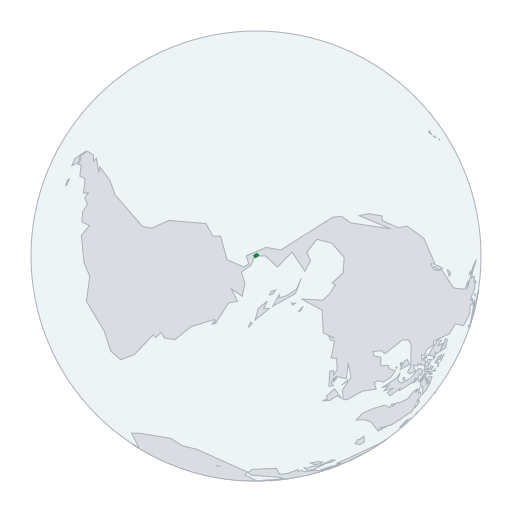 the Earth from above Bocas del Toro, rotated 127°
{"feature_id": "PAN-1958", "entity_name": "Bocas del Toro", "entity_type": "Province", "adm_level": 1, "iso_a3": "PAN", "parent_name": "Panama", "parent_adm1": "", "projection": "orthographic", "projection_center": [-82.341, 9.206], "detail": "fine", "context": "on_globe", "style": "filled", "palette": "green", "viewbox_px": 512, "rotation_deg": 127, "n_neighbors": 0, "source": "natural_earth", "source_scale": "10m", "svg_char_len": 8921}
<svg xmlns="http://www.w3.org/2000/svg" viewBox="0 0 512 512"><g transform="rotate(127 256 256)"><circle cx="256" cy="256" r="225" fill="#eef3f6" stroke="#a8b0b8"/><path d="M272.2,259.4L266.8,257.0L261.7,263.8L243.1,253.1L236.3,239.8L178.8,218.1L172.7,211.3L172.5,200.3L153.3,164.7L161.7,197.9L154.2,191.3L148.2,179.4L151.7,176.6L147.8,159.5L141.1,153.0L140.9,132.5L154.8,108.0L156.9,111.8L160.0,106.1L157.6,101.3L155.2,99.7L162.6,78.9L156.8,69.2L147.9,71.6L155.4,67.4L133.7,76.5L126.0,77.9L139.1,73.2L143.8,70.5L140.8,69.4L145.0,66.5L145.9,64.6L151.2,61.5L158.4,59.7L162.0,57.9L159.6,57.4L163.4,54.5L166.4,55.4L173.3,50.6L186.7,48.4L190.2,56.1L202.0,54.8L217.3,63.1L220.3,60.7L227.9,63.3L234.2,61.7L235.3,64.4L239.4,60.9L237.3,58.8L238.4,56.8L241.9,55.8L243.8,58.8L242.3,59.7L244.7,60.2L244.2,62.2L246.5,60.7L248.4,64.9L251.7,59.6L257.6,62.0L257.5,65.1L250.6,66.3L233.4,78.8L231.2,83.6L234.8,88.6L256.2,94.1L256.5,99.3L262.0,105.2L264.9,101.3L261.7,95.4L268.6,90.3L263.8,84.4L265.9,81.7L263.7,75.8L271.4,75.3L280.1,78.4L282.2,83.6L286.1,85.3L290.0,79.8L299.8,89.6L316.3,97.0L318.0,100.2L310.7,106.4L295.6,107.2L286.0,118.0L299.7,110.0L303.8,119.1L307.6,120.5L311.7,119.8L313.1,116.2L316.1,119.4L303.7,127.8L300.8,124.9L304.8,122.1L297.7,122.9L289.3,129.9L292.1,134.6L276.6,142.2L278.4,145.9L276.0,150.0L274.2,143.4L277.1,155.8L259.4,170.7L263.0,193.9L251.3,176.2L242.2,174.5L231.4,175.2L231.8,178.9L217.0,176.4L204.1,184.6L200.2,203.2L206.0,217.4L222.4,217.7L227.0,209.6L238.8,207.8L231.1,229.6L251.9,232.2L250.3,248.5L256.5,256.8L266.7,254.4L277.4,258.1L284.6,248.3L296.4,242.7L297.1,255.9L303.3,243.6L310.1,249.6L333.4,247.8L331.7,251.0L351.4,265.3L371.8,270.5L376.5,279.7L374.2,285.8L381.1,286.9L381.2,290.8L407.6,293.7L420.3,301.6L419.3,315.0L407.5,331.6L394.2,364.2L372.3,376.5L365.0,389.1L344.8,407.8L331.8,407.4L333.7,415.5L325.0,421.0L316.0,421.8L313.0,427.6L306.3,428.0L309.7,431.5L297.0,439.1L298.3,444.7L288.6,450.4L289.7,453.4L286.7,453.4L283.1,454.7L282.1,456.4L273.7,453.7L273.4,446.6L278.0,442.8L274.0,442.3L283.8,432.1L278.9,434.3L283.3,418.7L292.0,405.1L300.7,364.3L296.6,356.1L280.0,346.9L260.3,315.6L266.1,302.3L261.5,296.1L276.4,276.9L272.2,259.4ZM51.8,193.7L53.3,188.6L53.5,192.0L51.8,193.7ZM53.6,185.4L53.2,187.1L53.4,185.6L53.6,185.4ZM53.2,184.3L53.5,185.1L53.0,184.7L53.2,184.3ZM52.6,183.4L53.0,183.7L52.9,183.8L52.6,183.4ZM262.2,201.9L286.0,212.4L272.9,214.3L275.3,212.1L269.2,207.6L258.0,203.7L246.4,206.5L262.2,201.9ZM52.2,180.6L52.2,179.7L52.8,179.4L52.2,180.6ZM271.9,188.6L267.8,187.9L271.7,187.7L271.9,188.6ZM153.5,99.6L157.1,101.6L157.8,107.4L154.3,105.9L153.5,99.6ZM152.9,89.8L155.7,89.6L152.0,94.9L151.5,93.4L152.9,89.8ZM140.5,74.4L142.7,74.9L139.2,75.5L140.5,74.4ZM145.1,64.9L143.2,65.8L144.5,64.5L145.1,64.9ZM259.6,76.5L261.6,76.2L261.0,77.4L259.6,76.5ZM256.8,74.4L254.7,76.2L253.0,75.5L254.4,74.4L256.8,74.4ZM153.8,58.7L156.5,56.7L155.0,58.4L153.8,58.7ZM259.9,72.5L250.3,74.1L247.5,72.9L250.3,68.0L259.9,72.5ZM158.9,55.3L165.3,51.1L161.6,52.5L175.9,46.7L165.6,51.8L164.4,53.5L162.4,53.7L158.9,55.3ZM235.1,58.6L237.5,60.7L232.2,59.9L235.1,58.6ZM231.4,58.7L213.6,60.4L211.7,57.2L218.1,57.0L213.1,54.1L220.9,51.7L225.4,52.7L225.1,55.1L228.4,52.5L231.4,58.7ZM182.7,44.6L185.3,43.5L184.0,44.3L182.7,44.6ZM238.4,55.9L235.0,56.3L233.1,53.5L239.7,52.2L238.2,53.5L238.4,55.9ZM207.9,54.8L207.7,52.8L214.0,50.2L214.7,49.1L220.9,51.4L207.9,54.8ZM240.4,53.7L243.0,51.7L247.1,52.3L241.6,55.4L240.4,53.7ZM229.9,53.4L229.3,52.2L231.8,52.4L229.9,53.4ZM263.1,54.1L259.0,54.2L257.7,52.7L263.1,54.1ZM243.7,51.0L242.3,50.8L241.4,50.3L243.9,49.3L243.7,51.0ZM225.0,49.6L227.6,49.1L222.7,48.5L227.3,46.8L230.6,48.8L231.1,47.3L232.4,46.8L233.6,49.0L225.0,49.6ZM243.5,46.9L249.3,49.5L257.2,49.4L258.6,50.6L245.7,50.6L243.5,46.9ZM237.6,47.9L241.6,47.5L241.3,49.0L238.4,50.3L237.6,47.9ZM229.1,45.2L221.3,47.1L220.9,46.7L229.1,45.2ZM245.9,46.5L244.4,46.0L246.5,46.3L245.9,46.5ZM234.4,45.1L231.7,45.8L231.2,45.3L234.4,45.1ZM243.8,44.5L245.7,45.2L243.8,45.9L243.8,44.5ZM239.5,44.5L239.6,43.6L241.9,45.8L238.4,44.9L239.5,44.5ZM234.4,44.5L233.2,44.4L235.6,44.3L234.4,44.5ZM250.0,41.6L253.5,44.1L249.2,45.6L246.4,42.9L250.0,41.6ZM287.2,459.2L274.2,454.8L281.7,456.8L288.4,454.0L294.7,457.4L287.2,459.2ZM306.2,451.6L313.1,449.8L314.3,450.5L309.8,452.1L306.2,451.6ZM416.9,98.3L412.5,94.3L417.2,99.0L421.9,103.6L427.2,109.5L426.9,109.2L417.0,100.0L420.0,106.2L434.0,128.1L433.7,132.0L428.8,130.8L413.4,112.0L416.0,105.5L410.6,99.8L401.3,94.0L402.9,92.9L399.4,90.1L399.5,87.9L391.1,79.3L389.9,77.0L378.3,69.0L376.1,67.0L383.6,72.1L388.2,74.9L384.2,70.8L381.3,68.8L399.9,82.7L416.9,98.3ZM379.9,67.9L373.8,64.0L373.7,63.9L379.9,67.9ZM367.4,60.2L367.1,60.0L367.4,60.2ZM362.2,57.3L363.1,57.9L354.6,53.6L346.3,49.7L343.9,48.7L357.5,55.4L362.6,58.0L366.2,59.8L380.3,68.5L383.5,71.2L370.3,63.6L373.3,66.9L361.7,60.5L332.2,44.8L324.1,41.4L325.7,41.8L344.3,48.8L362.2,57.3ZM184.3,42.4L178.2,44.8L178.8,44.6L182.7,43.3L175.9,46.7L161.6,52.5L160.9,52.4L152.4,56.6L152.2,56.2L149.1,57.7L166.4,49.3L184.3,42.4ZM480.5,237.1L480.6,240.6L479.6,233.8L479.1,234.9L472.3,248.8L467.0,241.3L453.0,214.3L451.9,200.7L446.0,187.0L433.7,132.9L437.5,132.9L435.0,120.2L435.8,120.7L443.0,130.9L444.8,133.1L453.0,146.7L460.2,160.8L466.4,175.4L471.5,190.4L475.6,205.8L478.6,221.3L480.5,237.1ZM445.4,157.6L447.5,161.7L447.5,161.8L445.4,157.6ZM334.1,247.6L336.9,250.0L333.3,250.3L334.1,247.6ZM271.4,219.7L276.3,219.8L278.9,221.8L275.2,222.6L271.4,219.7ZM312.2,218.3L317.7,219.2L312.0,220.6L312.2,218.3ZM289.7,213.7L307.7,218.2L296.8,222.5L285.3,219.9L293.1,218.4L289.7,213.7ZM270.0,196.2L273.2,197.1L272.4,199.5L270.0,196.2ZM274.8,188.6L273.6,188.8L271.9,186.9L274.8,188.6ZM304.5,118.6L305.6,118.0L309.9,118.1L308.2,119.7L304.5,118.6ZM327.3,110.4L331.6,115.9L327.3,112.8L325.8,115.6L314.8,113.3L318.3,101.7L318.7,107.1L327.3,110.4ZM301.2,107.8L307.7,110.0L300.4,108.1L301.2,107.8ZM380.3,79.0L383.1,79.7L387.3,83.2L388.7,87.9L382.8,82.7L380.3,79.0ZM386.2,80.0L372.7,72.2L371.2,69.6L374.3,72.3L374.7,71.3L379.8,75.5L391.7,81.3L396.1,84.9L396.4,90.6L393.9,86.5L391.2,85.7L386.2,80.0ZM340.8,63.1L334.9,61.3L339.3,57.6L344.3,59.7L346.1,64.1L341.3,64.2L340.8,63.1ZM266.7,64.3L264.2,65.1L263.6,64.1L265.4,62.6L266.7,64.3ZM261.3,54.3L277.2,60.5L275.1,61.5L287.0,64.8L286.1,68.9L278.4,66.5L286.6,72.6L279.4,72.1L285.5,76.1L268.6,70.3L262.4,70.6L269.6,68.5L270.6,64.6L269.2,63.0L260.5,59.0L247.7,58.5L246.6,55.1L249.3,52.9L252.2,52.5L252.0,54.7L256.0,52.6L257.9,55.5L261.3,54.3ZM281.1,37.6L279.6,38.8L288.1,38.0L290.0,39.7L290.9,39.6L295.0,41.1L301.5,42.9L301.4,43.7L304.0,44.1L306.8,45.4L310.3,46.4L311.3,48.4L315.7,49.8L313.7,50.0L321.0,52.0L316.0,51.5L319.2,53.6L322.3,53.0L319.2,64.7L321.8,71.2L326.6,77.2L317.5,76.3L307.1,70.5L297.5,63.3L296.4,57.7L292.4,58.7L290.7,56.4L294.5,56.6L287.6,55.1L287.3,53.4L278.7,48.9L269.0,48.6L265.6,47.3L269.2,46.6L263.3,45.8L267.9,43.8L265.6,42.9L267.7,40.4L276.0,40.1L272.8,39.2L274.3,37.7L281.1,37.6ZM250.9,40.9L260.4,39.4L266.1,39.8L260.0,44.1L261.4,45.2L257.7,48.7L249.4,48.2L251.3,47.1L251.1,46.1L253.8,46.6L251.6,45.4L254.0,44.1L252.9,42.9L256.3,42.7L250.9,40.9ZM434.8,119.0L432.6,116.3L432.4,116.0L431.7,114.9L434.8,119.0ZM426.1,110.0L425.4,108.8L430.5,114.5L430.6,115.2L426.1,110.0ZM420.7,103.5L425.0,108.3L422.7,106.0L420.7,103.5ZM382.5,71.0L381.2,69.7L382.8,70.7L385.5,72.7L382.5,71.0ZM306.7,38.1L304.9,38.2L303.5,37.8L296.4,36.9L294.4,36.0L297.9,36.1L306.7,38.1ZM303.3,36.9L300.7,36.6L301.3,36.4L303.3,36.9ZM292.6,35.3L292.6,34.9L293.3,35.8L292.6,35.3ZM258.8,30.7L257.0,30.7L256.2,30.7L258.8,30.7ZM282.2,32.5L286.0,33.0L285.3,33.1L282.2,32.5ZM183.9,43.8L185.2,43.6L182.7,44.4L183.9,43.8ZM210.1,35.5L209.6,35.5L210.1,35.5Z" fill="#d9dde1" stroke="#a8b0b8" stroke-width="1"/><path d="M254.1,254.4L254.3,254.5L254.5,254.7L254.7,254.8L254.8,254.9L255.0,254.7L255.5,254.9L255.7,255.1L255.9,255.2L256.0,255.1L255.9,255.4L255.8,255.5L256.0,255.6L255.9,255.7L255.8,255.8L255.9,256.0L256.0,256.0L256.2,255.9L256.2,256.0L256.3,256.0L256.5,256.1L256.5,255.9L256.5,256.0L256.5,255.9L256.6,256.0L256.4,256.1L256.3,256.3L256.4,256.5L256.4,256.8L256.4,256.7L256.4,256.8L256.5,256.8L256.8,256.9L256.9,257.0L257.0,257.1L257.3,257.0L257.2,257.2L256.9,257.2L256.7,257.2L256.7,257.3L256.6,257.2L256.4,256.9L256.2,256.8L256.1,256.7L256.1,256.4L256.0,256.5L255.8,256.7L255.7,256.8L255.9,256.9L256.0,257.0L256.0,257.4L255.9,257.5L255.6,257.4L255.4,257.4L255.2,257.3L255.2,257.2L254.9,257.2L254.6,257.2L254.4,256.9L254.2,256.8L254.0,256.7L253.9,256.6L253.7,256.6L253.7,255.9L253.7,255.4L253.7,255.1L253.8,254.9L254.0,254.9L254.0,254.7L253.9,254.6L254.0,254.5L254.0,254.4L254.1,254.4ZM256.0,255.2L256.3,255.1L256.4,255.3L256.4,255.5L256.3,255.4L256.2,255.3L256.0,255.2ZM256.8,255.5L257.0,255.6L256.9,255.7L256.8,255.8L256.7,255.8L256.7,255.7L256.5,255.4L256.6,255.5L256.7,255.4L256.8,255.5L256.8,255.5ZM257.1,256.1L257.3,256.2L257.3,256.3L257.2,256.3L257.1,256.2L257.1,256.1Z" fill="#22c55e" stroke="#15803d" stroke-width="1.5"/></g></svg>